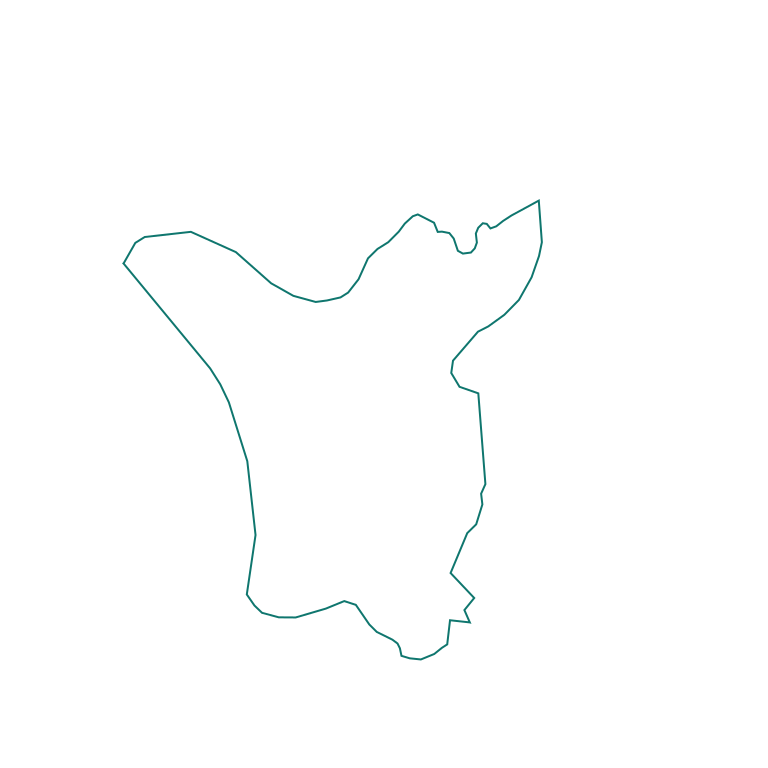 an SVG outline of Tolmin, rotated 237°
{"feature_id": "SVN-1018", "entity_name": "Tolmin", "entity_type": "Municipality", "adm_level": 1, "iso_a3": "SVN", "parent_name": "Slovenia", "parent_adm1": "", "projection": "robinson", "projection_center": [13.801, 46.147], "detail": "fine", "context": "isolated", "style": "outline", "palette": "teal", "viewbox_px": 768, "rotation_deg": 237, "n_neighbors": 0, "source": "natural_earth", "source_scale": "10m", "svg_char_len": 1198}
<svg xmlns="http://www.w3.org/2000/svg" viewBox="0 0 768 768"><g transform="rotate(237 384 384)"><path d="M155.4,343.1L150.6,328.3L137.3,326.1L137.5,325.9L149.9,310.7L131.2,295.2L131.2,288.9L130.2,279.1L132.9,264.9L139.9,256.2L146.5,250.6L153.7,253.4L159.0,254.0L165.0,251.8L180.0,242.9L190.3,240.7L214.1,240.1L223.6,232.4L227.3,212.9L236.3,182.8L245.6,168.7L258.5,157.1L268.8,154.7L282.2,154.3L327.3,194.0L393.7,227.3L453.1,243.9L472.9,246.5L491.8,246.7L627.0,231.2L627.0,231.4L637.8,252.3L637.6,263.4L616.8,304.9L575.3,331.6L529.9,344.2L507.3,356.0L490.0,371.4L485.1,381.7L480.3,394.7L480.2,403.7L485.7,419.7L498.1,439.0L500.8,452.1L500.6,464.8L503.7,479.3L507.2,488.8L509.0,499.5L507.8,504.7L492.0,513.8L482.3,511.9L480.2,515.6L475.0,521.0L468.0,521.7L455.5,518.5L450.4,521.2L446.9,528.5L448.3,534.0L452.0,538.9L460.2,543.0L463.7,548.1L465.0,554.4L462.3,557.4L456.5,558.0L455.1,564.0L455.9,572.8L455.9,582.7L453.5,613.7L416.9,593.6L406.9,583.7L393.1,565.9L381.0,542.9L376.5,522.6L375.5,502.8L376.7,491.3L366.0,454.6L356.6,446.4L340.5,445.8L324.8,458.0L244.8,414.5L239.1,405.7L229.4,400.9L216.1,384.9L213.6,372.6L189.2,336.9L155.4,343.1Z" fill="none" stroke="#0f766e" stroke-width="2"/></g></svg>